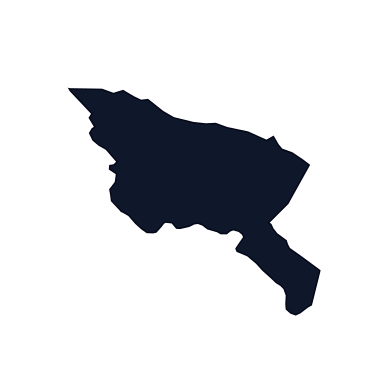 the district of Monzie, Choiseul, Saint Lucia, rotated 290°
{"feature_id": "8701671B92535137088393", "entity_name": "Monzie", "entity_type": "district", "adm_level": 2, "iso_a3": "LCA", "parent_name": "Saint Lucia", "parent_adm1": "Choiseul", "projection": "equal_earth", "projection_center": [-61.024, 13.807], "detail": "fine", "context": "isolated", "style": "filled", "palette": "ink", "viewbox_px": 384, "rotation_deg": 290, "n_neighbors": 0, "source": "geoboundaries", "source_scale": "gbopen_adm2", "svg_char_len": 1951}
<svg xmlns="http://www.w3.org/2000/svg" viewBox="0 0 384 384"><g transform="rotate(290 192 192)"><path d="M149.6,131.6L149.6,134.0L149.4,134.9L148.4,140.6L144.8,147.1L143.5,149.4L142.5,151.8L140.3,157.2L138.6,163.5L139.7,166.9L140.5,169.4L142.1,171.9L145.8,173.4L149.3,174.8L150.4,175.1L153.1,176.0L154.7,177.3L155.9,182.2L156.3,183.8L152.8,189.8L153.8,193.2L158.7,200.8L160.8,202.9L163.1,205.1L163.6,206.2L164.7,208.3L164.7,213.3L162.8,219.2L163.5,229.3L162.8,233.3L164.7,238.7L168.0,240.7L168.7,241.2L170.8,243.7L170.9,246.0L171.2,249.6L170.5,251.5L169.6,254.0L167.3,256.2L166.4,256.0L161.5,254.7L156.6,253.4L154.3,252.9L153.8,252.8L153.5,253.0L151.7,254.7L151.6,257.6L151.4,261.6L151.2,265.9L147.2,276.9L143.6,283.7L142.6,285.7L138.2,296.6L136.8,299.8L135.8,302.0L135.7,302.5L134.7,307.3L132.6,311.7L130.7,313.2L127.2,316.1L120.7,318.1L119.1,318.6L117.4,319.3L114.2,320.8L113.5,322.6L112.1,326.1L112.1,331.4L115.6,334.9L123.5,339.9L126.2,342.2L126.7,342.7L160.9,339.1L161.2,339.0L161.9,338.9L168.9,315.1L172.2,302.9L173.7,301.2L175.0,299.8L178.1,297.3L178.5,297.0L179.3,294.2L181.7,286.0L182.9,284.1L185.0,280.7L186.7,279.0L188.5,277.2L189.2,274.4L214.1,286.0L257.4,292.9L259.1,287.5L259.9,284.9L261.4,278.9L262.9,272.8L262.9,261.6L264.3,259.4L265.9,256.6L269.4,252.5L271.9,249.5L269.8,247.7L265.9,244.4L266.7,233.3L267.4,224.2L264.8,205.7L264.4,202.9L264.4,190.8L260.6,181.7L257.6,169.5L255.4,149.3L257.6,137.1L260.6,128.1L263.7,118.9L262.9,117.4L260.6,112.8L261.4,104.7L263.0,95.9L263.7,92.6L257.6,84.5L257.6,72.3L247.1,42.0L247.0,41.3L245.6,42.9L231.4,71.2L226.6,70.2L221.6,76.4L219.9,78.4L218.3,77.4L217.2,76.6L212.4,75.7L210.2,77.9L207.0,81.2L206.4,82.7L204.3,88.5L203.8,91.4L202.9,96.7L194.8,111.3L190.7,109.4L190.0,108.1L188.7,105.8L185.3,106.7L184.3,110.8L183.3,114.9L176.2,116.5L175.1,116.7L171.7,115.7L166.3,114.0L161.6,116.7L161.0,117.0L156.2,119.5L149.7,132.3L149.6,131.6Z" fill="#0f172a" stroke="#020617" stroke-width="1.5"/></g></svg>